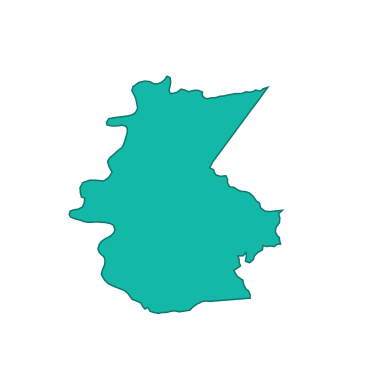 São Pedro do Ivaí, Paraná, Brazil (Equal Earth projection), rotated 55°
{"feature_id": "56859067B83474716083544", "entity_name": "São Pedro do Ivaí", "entity_type": "district", "adm_level": 2, "iso_a3": "BRA", "parent_name": "Brazil", "parent_adm1": "Paraná", "projection": "equal_earth", "projection_center": [-51.879, -23.83], "detail": "fine", "context": "isolated", "style": "filled", "palette": "teal", "viewbox_px": 384, "rotation_deg": 55, "n_neighbors": 0, "source": "geoboundaries", "source_scale": "gbopen_adm2", "svg_char_len": 2494}
<svg xmlns="http://www.w3.org/2000/svg" viewBox="0 0 384 384"><g transform="rotate(55 192 192)"><path d="M149.7,69.9L148.3,74.5L148.5,77.9L145.0,81.5L144.7,84.9L142.9,88.0L140.8,90.6L139.9,94.7L136.2,100.2L133.5,106.1L131.4,111.2L129.5,114.4L128.4,118.2L125.7,122.6L124.4,125.9L122.2,127.9L118.5,128.1L116.1,126.1L112.2,128.7L110.1,131.6L107.8,137.4L104.0,139.6L101.4,142.0L101.8,146.7L100.5,150.5L98.9,153.4L95.3,152.3L92.0,148.5L89.4,146.2L85.6,144.4L82.8,146.1L84.4,150.3L84.7,154.1L83.7,158.2L81.2,161.4L77.5,163.1L74.1,167.0L71.7,172.9L72.0,180.2L74.5,183.1L79.1,183.7L83.0,184.4L92.3,188.5L94.5,192.7L94.5,196.5L93.2,200.3L90.6,205.3L86.8,212.5L84.2,218.0L85.8,222.1L88.4,223.1L92.0,219.7L94.9,215.5L97.3,210.8L100.4,208.3L103.3,208.8L106.0,210.8L111.1,217.0L114.1,221.2L115.4,224.1L115.7,230.2L117.0,240.4L118.6,243.6L123.4,245.4L126.3,245.7L130.0,246.2L132.3,252.0L132.4,258.0L127.3,263.9L123.6,269.2L121.7,276.0L124.3,281.3L128.8,284.0L132.7,285.4L135.6,283.4L139.3,286.7L141.5,290.6L140.6,295.7L139.0,298.4L137.8,302.8L140.1,305.6L143.0,305.7L147.3,302.8L150.3,300.2L154.0,297.7L156.7,295.0L159.6,291.1L161.3,287.8L165.3,283.1L167.2,280.5L171.3,276.8L174.3,275.4L178.4,276.6L180.4,279.0L181.3,283.6L180.6,290.0L180.6,294.7L181.7,298.0L184.7,301.7L188.0,302.6L190.7,302.3L194.8,301.3L198.5,302.6L201.7,305.6L204.7,310.4L207.8,313.7L214.2,314.1L219.3,313.1L225.5,309.5L231.2,305.6L234.5,303.7L237.7,302.8L240.8,302.6L245.5,302.6L250.2,299.5L253.5,297.6L257.8,298.0L260.8,297.7L261.5,294.3L265.7,294.7L268.9,292.3L272.1,289.2L273.7,285.3L276.0,282.1L277.3,278.5L279.2,274.6L282.9,271.1L287.6,261.4L286.8,258.0L286.6,252.8L287.7,246.3L289.2,243.1L291.8,240.2L293.8,236.7L312.3,205.3L309.0,203.1L305.4,202.5L302.4,203.4L297.9,202.9L293.4,200.9L287.2,203.3L283.5,203.1L280.1,202.7L280.4,198.8L280.3,194.6L276.8,193.9L274.2,192.0L270.6,191.1L273.5,186.9L272.6,182.6L275.6,184.2L279.4,188.0L283.0,185.4L282.6,180.6L280.0,177.4L279.3,172.8L279.8,167.6L276.6,164.4L279.7,161.8L281.3,158.6L284.0,155.8L283.6,152.3L285.5,149.3L282.2,148.2L279.5,146.6L276.8,147.2L272.4,146.6L269.1,143.3L267.3,138.0L263.8,135.0L259.4,133.5L258.8,128.5L252.3,140.1L249.5,143.1L244.4,144.9L239.7,143.1L236.2,144.4L230.1,144.4L225.5,145.7L222.4,147.9L219.8,151.2L216.5,153.4L212.6,154.7L209.3,158.2L204.7,157.7L202.4,155.8L198.2,154.9L195.5,159.7L191.8,162.6L189.0,162.5L186.1,161.6L182.3,163.6L179.4,158.2L165.1,115.6L159.2,98.2L155.2,85.6L149.7,69.9Z" fill="#14b8a6" stroke="#0f766e" stroke-width="1.5"/></g></svg>